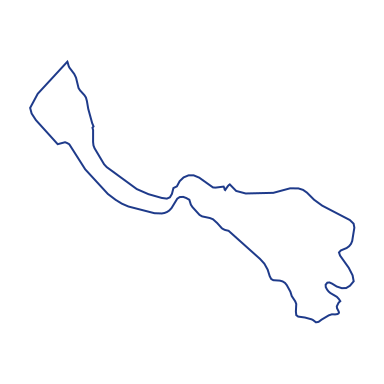 Khorezm, Robinson projection, rotated 182°
{"feature_id": "UZB-355", "entity_name": "Khorezm", "entity_type": "Region", "adm_level": 1, "iso_a3": "UZB", "parent_name": "Uzbekistan", "parent_adm1": "", "projection": "robinson", "projection_center": [60.994, 41.256], "detail": "fine", "context": "isolated", "style": "outline", "palette": "blue", "viewbox_px": 384, "rotation_deg": 182, "n_neighbors": 0, "source": "natural_earth", "source_scale": "10m", "svg_char_len": 1931}
<svg xmlns="http://www.w3.org/2000/svg" viewBox="0 0 384 384"><g transform="rotate(182 192 192)"><path d="M51.5,106.4L53.6,106.1L55.2,104.0L55.0,101.6L53.6,99.2L52.0,97.3L50.1,95.8L43.6,92.3L41.6,90.3L40.0,88.1L41.6,86.5L43.3,82.8L43.0,80.9L41.4,78.0L41.1,77.3L40.9,76.5L41.3,75.8L42.3,75.1L44.4,74.7L48.1,74.6L51.0,73.5L58.0,69.0L60.6,66.9L61.4,66.5L63.6,66.1L66.5,68.2L68.0,68.9L74.8,70.5L81.6,71.2L83.5,72.6L84.0,76.1L83.9,83.7L85.0,86.3L88.7,91.5L90.2,95.8L94.0,102.2L95.9,104.4L98.3,105.8L101.1,106.5L107.7,106.7L109.8,107.8L111.4,110.6L113.7,117.1L117.2,122.9L121.7,127.5L154.1,154.5L157.6,155.2L159.3,155.9L160.9,156.8L165.8,161.9L170.1,165.5L173.2,166.6L181.1,168.0L183.7,169.4L191.0,176.9L192.7,179.3L194.4,184.2L196.5,185.2L197.3,185.7L200.6,186.8L204.1,186.5L206.5,184.8L211.9,175.2L214.1,172.7L216.2,171.2L218.7,170.1L221.4,169.5L228.8,169.5L255.1,175.3L261.7,177.9L267.9,181.4L276.0,187.1L299.5,210.9L316.1,235.1L316.6,235.6L318.6,236.6L320.6,237.3L327.9,235.1L350.5,258.4L355.0,264.8L356.7,270.4L349.6,284.8L321.1,317.9L320.9,317.5L319.7,313.7L318.9,312.1L313.8,305.8L311.9,302.2L309.0,291.9L307.4,289.6L302.9,285.0L301.3,282.7L300.2,279.2L298.6,271.5L294.2,257.4L292.7,254.1L293.7,252.8L293.0,250.4L292.6,238.5L292.1,235.1L290.9,232.3L280.8,216.6L278.1,213.9L247.3,193.0L235.4,188.3L222.0,185.0L216.9,184.5L213.9,185.9L212.0,189.4L210.7,195.3L207.3,197.1L204.7,202.4L200.9,206.3L196.1,208.5L190.9,208.7L185.3,206.6L171.2,197.3L168.7,197.2L160.6,198.5L159.8,197.0L159.4,195.5L158.9,195.1L158.1,196.4L156.3,199.2L155.4,200.2L154.5,200.9L147.9,194.6L138.3,192.4L110.7,194.0L94.1,199.1L85.8,199.3L81.1,198.0L77.1,195.4L69.7,188.5L61.4,182.9L48.2,176.6L33.3,169.5L29.4,166.0L28.5,162.0L30.2,148.6L31.3,145.7L33.1,143.3L35.5,141.4L41.2,138.8L43.0,136.7L41.8,133.6L32.7,121.7L28.6,114.3L27.3,108.4L30.9,103.8L34.6,101.4L38.9,101.1L44.1,102.6L48.8,105.3L51.5,106.4Z" fill="none" stroke="#1e3a8a" stroke-width="2"/></g></svg>